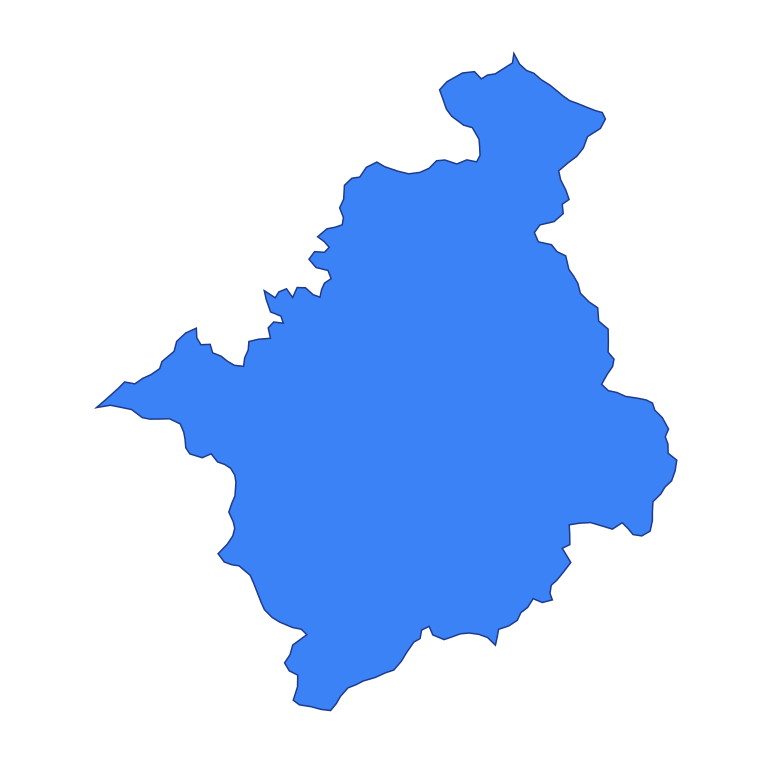 the district of Sarapuí, São Paulo, Brazil, rotated 267°
{"feature_id": "56859067B6054851869048", "entity_name": "Sarapuí", "entity_type": "district", "adm_level": 2, "iso_a3": "BRA", "parent_name": "Brazil", "parent_adm1": "São Paulo", "projection": "mercator", "projection_center": [-47.776, -23.649], "detail": "fine", "context": "isolated", "style": "filled", "palette": "blue", "viewbox_px": 768, "rotation_deg": 267, "n_neighbors": 0, "source": "geoboundaries", "source_scale": "gbopen_adm2", "svg_char_len": 3250}
<svg xmlns="http://www.w3.org/2000/svg" viewBox="0 0 768 768"><g transform="rotate(267 384 384)"><path d="M68.0,282.8L65.5,294.5L62.3,304.2L60.7,313.6L67.3,319.6L74.5,324.3L82.4,332.1L85.2,340.4L88.5,347.7L91.4,359.9L95.6,370.6L97.8,378.8L106.1,386.7L114.6,392.5L124.7,400.3L127.9,406.7L136.3,408.7L139.6,416.4L130.9,419.6L125.6,430.6L128.1,439.3L130.5,447.1L130.9,455.7L129.1,465.4L125.4,474.2L117.3,481.6L125.8,483.9L133.0,485.6L135.9,496.0L141.0,504.7L148.5,508.7L153.4,515.8L161.8,521.7L157.5,530.7L159.6,540.8L166.2,538.8L174.3,540.5L179.3,546.6L187.3,553.8L196.0,561.2L204.1,556.9L210.6,553.4L213.9,561.2L224.0,561.6L233.7,561.6L234.8,572.2L234.8,583.2L230.5,595.1L227.1,604.5L233.0,614.6L226.8,620.2L220.6,624.8L218.8,633.5L223.2,642.1L233.7,644.9L241.7,645.3L252.4,646.4L259.6,654.6L266.3,659.1L272.2,666.1L281.8,670.1L292.6,672.4L300.0,664.1L309.2,664.4L316.6,662.1L324.1,665.8L335.8,660.2L343.6,653.1L350.9,651.1L354.4,644.9L356.5,636.7L359.0,624.5L363.3,616.2L365.6,607.7L372.3,601.3L382.1,607.5L389.5,613.2L396.8,615.0L404.0,609.5L415.4,610.3L427.1,610.7L435.6,601.7L448.9,601.4L455.3,593.0L464.3,584.9L474.1,582.9L481.5,579.2L488.8,574.6L502.4,572.2L507.2,563.6L514.3,558.6L517.9,545.6L527.3,542.1L534.7,548.0L537.3,562.4L544.8,571.9L554.2,571.4L558.6,578.5L568.2,575.7L578.6,571.1L587.7,569.6L595.1,579.2L601.3,588.4L609.2,595.4L620.4,600.2L627.9,613.5L637.0,619.0L643.7,616.2L645.9,609.5L650.1,600.2L654.2,591.5L657.3,584.1L662.7,577.4L668.1,571.6L673.8,565.3L679.7,556.9L686.5,549.9L689.6,542.8L696.2,536.2L707.3,531.0L697.9,529.1L693.7,521.6L687.9,511.3L687.1,503.5L683.6,497.2L691.2,490.7L690.5,478.7L682.6,462.7L674.9,454.9L664.3,458.1L655.2,460.7L647.8,465.6L642.6,471.9L638.2,477.2L635.4,485.6L623.5,491.7L616.4,491.9L607.4,491.9L601.0,488.2L603.5,478.4L599.9,468.2L604.5,456.6L604.2,448.2L597.1,440.4L593.4,430.9L592.6,419.6L595.9,408.7L601.0,396.0L606.0,388.5L601.3,377.7L591.9,370.6L591.2,362.7L584.5,354.9L570.7,353.4L562.2,348.9L552.4,352.2L545.2,350.6L543.1,343.4L542.0,335.2L534.5,325.4L529.4,331.7L523.4,336.4L518.6,331.4L519.8,321.6L512.5,315.6L503.9,322.2L500.3,334.0L492.0,336.7L487.8,329.8L481.5,326.6L474.1,324.6L476.9,317.9L484.2,310.6L484.9,302.3L475.2,297.3L484.2,291.6L481.5,283.8L475.8,279.9L483.5,269.3L474.5,270.8L461.9,274.5L457.2,284.6L450.0,286.6L451.7,277.1L446.1,271.3L435.6,273.0L435.3,261.1L433.5,251.3L425.2,250.2L417.3,246.2L409.0,244.7L410.5,235.5L415.2,228.5L420.2,223.0L424.1,214.5L432.7,212.5L432.8,203.2L439.9,199.5L449.6,199.5L445.3,188.6L437.4,179.2L427.6,176.1L418.0,163.4L411.1,160.8L405.5,151.7L402.3,143.4L397.2,135.2L399.6,125.1L393.3,118.1L382.4,104.6L375.5,95.6L377.1,109.7L374.8,118.8L371.7,130.6L363.1,140.8L361.2,148.2L360.8,157.2L360.5,167.9L354.8,178.4L346.4,181.5L339.7,182.4L330.7,182.7L324.3,186.5L319.9,198.7L323.4,207.7L314.9,213.7L312.0,220.7L307.8,226.5L300.9,230.2L293.6,231.0L280.0,229.3L272.9,225.8L264.2,222.3L254.4,226.2L247.7,227.4L240.1,225.0L232.1,219.0L223.2,209.4L214.6,215.2L211.4,222.7L210.0,229.7L199.9,240.4L191.7,243.5L172.6,249.8L164.9,252.8L156.8,260.0L151.6,267.5L145.6,280.0L143.4,288.6L137.7,293.8L128.1,279.2L118.6,276.0L110.7,270.1L102.5,274.4L97.8,282.6L86.2,281.8L72.9,276.8L68.0,282.8Z" fill="#3b82f6" stroke="#1e3a8a" stroke-width="1.5"/></g></svg>